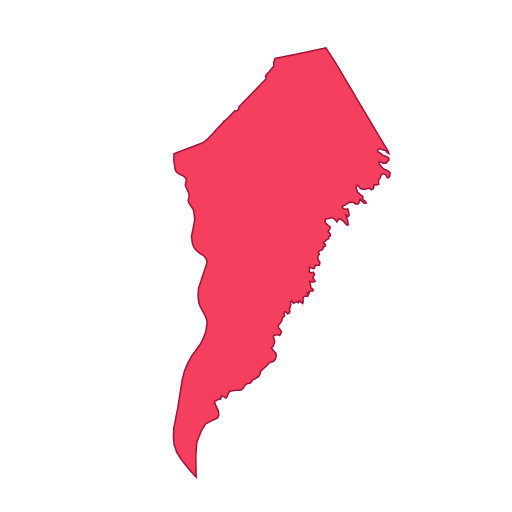 Nova Olinda do Maranhão, Maranhão, Brazil (Robinson projection), rotated 330°
{"feature_id": "56859067B29640445258953", "entity_name": "Nova Olinda do Maranhão", "entity_type": "district", "adm_level": 2, "iso_a3": "BRA", "parent_name": "Brazil", "parent_adm1": "Maranhão", "projection": "robinson", "projection_center": [-45.942, -2.948], "detail": "fine", "context": "isolated", "style": "filled", "palette": "rose", "viewbox_px": 512, "rotation_deg": 330, "n_neighbors": 0, "source": "geoboundaries", "source_scale": "gbopen_adm2", "svg_char_len": 4660}
<svg xmlns="http://www.w3.org/2000/svg" viewBox="0 0 512 512"><g transform="rotate(330 256 256)"><path d="M422.3,233.6L422.8,231.1L422.3,199.9L422.3,197.6L422.1,184.1L421.9,168.0L421.9,157.4L421.8,155.9L421.5,127.9L420.6,110.7L401.0,104.4L371.4,94.4L369.8,95.7L368.5,96.9L367.3,98.6L366.7,100.3L365.2,100.9L361.3,102.2L360.1,103.0L358.6,103.2L356.0,104.1L354.1,105.0L353.9,107.1L352.6,107.8L345.9,109.7L324.3,115.9L322.4,116.3L320.9,116.7L317.9,117.8L316.1,118.2L314.5,119.8L313.0,120.6L311.5,120.7L310.3,119.7L303.3,121.6L301.5,122.3L299.2,122.7L297.2,123.2L295.4,123.3L293.4,124.3L287.2,126.0L285.0,126.6L280.1,128.4L276.6,129.2L273.3,130.4L268.7,131.2L267.1,131.4L260.8,130.4L258.8,130.1L254.7,129.4L236.2,126.4L232.6,132.1L229.4,140.2L229.0,142.3L229.4,144.2L230.6,146.9L232.5,149.4L233.5,151.3L234.1,153.6L233.6,155.4L232.5,156.8L231.2,157.9L230.3,159.2L229.6,162.8L229.4,167.1L228.8,169.2L227.4,171.7L225.2,173.7L224.4,176.0L224.8,183.4L224.7,185.0L224.3,186.6L221.5,193.0L220.3,195.0L210.3,206.3L209.3,208.3L207.4,212.8L206.8,215.1L206.6,218.6L207.1,221.1L208.3,224.9L210.9,229.7L211.4,232.3L211.3,234.2L210.8,235.9L209.7,237.8L190.0,255.3L186.1,261.1L184.4,264.8L183.1,268.1L182.5,270.9L182.1,282.1L181.3,287.1L180.4,289.2L177.8,292.5L174.3,296.9L168.0,301.7L163.6,304.5L150.6,310.3L143.3,314.7L137.3,319.2L130.5,325.9L111.8,349.1L110.4,350.6L98.7,364.0L94.3,370.9L90.8,378.3L89.2,386.8L89.5,394.8L91.6,408.8L93.6,417.6L103.9,399.1L111.6,387.7L121.5,379.9L128.5,376.2L135.3,376.5L142.0,377.0L144.4,375.0L145.1,373.3L145.9,371.6L146.3,367.1L146.5,364.4L147.2,361.9L148.2,360.6L149.4,361.4L151.6,361.4L153.9,362.2L155.9,360.0L157.7,361.5L158.9,364.1L160.7,363.2L162.4,362.0L164.1,360.5L166.0,360.2L167.9,360.8L171.5,362.3L174.6,364.0L176.5,364.6L178.2,364.3L181.6,362.7L183.3,362.2L184.7,362.2L187.5,363.2L189.3,362.5L191.4,361.7L194.0,361.9L196.2,361.6L197.8,361.8L199.9,360.7L202.5,358.1L206.8,357.1L209.1,356.7L212.9,355.5L215.5,355.1L217.2,355.9L218.6,356.1L221.2,355.1L222.3,354.0L223.8,352.2L224.6,350.4L224.1,347.9L223.6,345.3L223.4,343.2L225.5,342.9L227.3,341.4L228.9,340.2L229.7,338.9L230.1,336.6L230.8,334.4L231.9,333.5L234.0,334.5L235.6,335.1L236.8,336.7L239.0,335.5L240.2,334.2L240.1,331.5L239.6,329.7L240.0,328.3L241.2,327.0L243.1,326.4L244.7,325.6L245.9,325.0L248.0,322.7L249.3,322.5L250.8,322.3L251.2,319.8L252.6,318.7L254.1,319.6L254.3,321.9L256.2,322.1L257.5,321.2L258.1,319.3L261.8,315.6L262.7,313.1L264.3,312.8L264.6,315.6L266.3,315.8L267.9,315.9L269.3,317.7L271.1,316.4L272.1,319.1L272.6,320.5L274.1,319.3L274.9,317.0L276.4,315.4L277.8,315.2L279.5,315.9L280.5,316.8L281.6,315.8L282.2,313.4L282.9,315.2L284.6,313.5L286.3,313.7L287.9,314.8L288.7,313.4L287.6,310.7L288.4,309.5L288.9,307.6L289.1,305.9L289.8,304.7L291.3,306.6L292.8,307.2L294.6,307.6L294.5,305.4L294.4,303.1L296.4,302.0L297.6,300.7L297.5,298.8L295.3,298.0L294.0,296.4L295.4,294.6L296.8,292.5L298.0,294.0L299.1,295.5L300.4,295.9L301.6,294.8L302.9,293.5L304.7,295.0L306.4,295.6L308.3,293.2L308.0,290.9L308.4,288.8L310.0,286.8L311.9,286.1L311.8,284.2L313.5,283.0L314.6,283.5L316.6,283.7L317.7,282.9L318.9,282.2L321.1,282.0L321.8,280.6L320.7,278.3L322.6,277.9L324.7,277.4L326.4,277.2L327.7,277.4L328.3,275.8L330.3,275.8L331.2,274.7L331.1,272.9L330.4,271.1L331.5,270.5L333.6,269.4L334.8,267.8L333.9,266.1L333.3,263.8L332.5,261.8L333.5,260.1L334.2,258.8L336.1,259.3L339.9,260.5L341.5,261.2L342.8,264.4L343.1,267.0L345.8,265.4L347.7,265.8L348.1,268.1L349.3,269.2L349.3,270.9L349.8,273.4L350.4,275.0L351.8,275.0L352.2,273.0L353.0,271.6L353.2,269.7L353.9,267.7L354.3,265.6L355.2,267.7L356.8,267.7L357.7,265.6L358.6,263.0L359.0,260.8L357.1,260.6L356.0,259.4L355.0,257.2L356.2,256.0L358.2,256.4L360.3,256.3L362.1,256.3L363.9,256.3L366.7,257.9L367.7,259.2L368.2,260.8L370.6,262.1L372.7,260.6L374.5,258.9L375.2,262.0L376.2,264.6L378.0,265.3L377.8,262.8L376.7,260.5L377.7,259.0L378.3,257.6L377.0,255.0L376.7,253.2L375.7,251.7L376.3,249.6L376.6,247.2L377.9,245.7L379.4,245.5L379.9,248.7L380.7,250.7L383.9,252.8L385.8,253.2L387.9,254.1L389.0,256.3L390.9,256.5L392.6,255.0L393.9,253.2L395.5,254.6L398.1,255.3L398.9,253.6L399.5,252.3L400.7,251.3L402.7,250.3L404.4,248.8L406.6,247.8L407.7,248.8L408.6,249.8L409.1,251.6L408.7,253.4L409.6,254.5L411.5,254.0L412.4,252.7L413.5,251.5L413.8,250.2L412.9,248.5L411.8,246.6L410.7,245.5L410.0,243.9L409.2,241.6L409.2,240.1L408.8,238.2L409.6,236.2L411.3,237.3L412.3,239.3L413.8,239.9L415.0,240.7L417.6,239.8L419.0,239.4L420.0,237.7L419.2,235.8L417.3,233.6L416.2,232.1L415.1,229.0L413.8,227.1L414.1,225.6L415.3,225.0L417.1,225.0L418.8,227.4L420.0,228.7L421.2,229.7L421.3,232.0L422.3,233.6Z" fill="#f43f5e" stroke="#9f1239" stroke-width="1.5"/></g></svg>